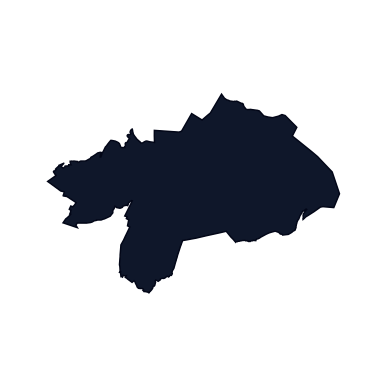 Apaxco, México, Mexico (Albers equal-area conic projection), rotated 27°
{"feature_id": "50627088B64276875266492", "entity_name": "Apaxco", "entity_type": "district", "adm_level": 2, "iso_a3": "MEX", "parent_name": "Mexico", "parent_adm1": "México", "projection": "albers", "projection_center": [-99.154, 19.981], "detail": "fine", "context": "isolated", "style": "filled", "palette": "ink", "viewbox_px": 384, "rotation_deg": 27, "n_neighbors": 0, "source": "geoboundaries", "source_scale": "gbopen_adm2", "svg_char_len": 5867}
<svg xmlns="http://www.w3.org/2000/svg" viewBox="0 0 384 384"><g transform="rotate(27 192 192)"><path d="M58.6,248.1L74.6,250.7L78.1,249.8L79.0,253.4L78.8,253.5L79.1,253.9L81.7,253.1L81.6,252.7L90.9,253.7L93.6,254.1L93.0,258.2L92.8,258.3L92.8,258.7L92.5,258.9L92.5,259.4L90.4,259.5L90.5,263.1L92.2,263.3L92.5,263.1L92.6,263.3L92.5,264.0L92.7,264.3L93.0,265.2L93.0,266.3L93.1,266.6L93.1,267.0L93.8,266.7L94.0,266.7L94.1,267.2L92.5,271.6L91.7,273.3L91.1,278.0L106.0,275.8L103.5,274.2L103.9,271.7L105.7,270.8L112.2,267.5L115.4,265.3L116.8,263.9L117.8,262.2L119.8,260.6L119.7,260.3L123.7,258.2L125.8,255.9L126.1,255.8L128.6,252.6L129.9,250.9L130.1,250.7L130.9,246.5L130.1,245.0L129.8,244.9L130.1,242.2L129.8,239.7L130.2,239.6L131.8,240.1L133.4,239.7L135.0,239.2L135.5,238.9L136.5,237.8L136.9,237.2L137.0,235.9L138.0,234.8L139.7,233.5L140.3,233.5L140.9,233.3L140.6,231.1L140.4,230.8L141.5,227.6L142.2,227.0L142.8,226.9L142.9,231.3L143.0,243.9L145.5,243.6L145.6,245.0L145.6,245.5L147.6,245.5L148.1,245.5L148.4,246.0L149.9,251.4L152.5,251.4L152.7,259.9L152.7,261.3L152.9,265.8L152.7,271.4L153.8,274.0L156.7,281.1L156.9,281.3L160.3,289.5L160.6,290.0L161.6,291.2L163.7,294.8L164.3,295.1L163.8,295.6L163.9,296.1L163.9,296.5L164.9,296.3L167.0,299.4L167.1,299.2L167.6,299.4L168.7,299.4L168.4,297.5L169.6,297.4L170.7,297.0L171.4,296.4L171.5,298.4L173.1,298.3L172.8,298.4L174.3,298.8L179.6,299.7L180.6,297.4L181.6,297.7L182.3,298.2L182.8,298.7L183.5,299.3L184.6,300.0L186.4,301.6L188.0,302.1L189.7,301.5L191.4,300.5L192.1,300.4L193.0,300.8L193.1,301.4L192.8,301.8L194.3,302.4L194.3,302.2L196.6,301.7L197.7,301.3L199.4,301.4L199.6,300.9L199.5,300.1L199.9,299.5L200.5,297.1L200.6,295.5L200.5,294.8L200.2,294.3L200.2,293.6L201.1,292.9L201.2,292.2L200.5,289.0L199.5,288.0L199.7,286.8L202.4,286.9L203.6,284.7L203.4,283.8L204.0,283.0L205.3,282.0L206.0,281.9L206.9,280.9L207.9,278.6L208.1,278.4L208.4,278.2L208.6,278.3L209.6,278.4L210.1,277.6L210.0,276.7L210.1,276.4L211.4,275.7L211.6,274.7L211.4,273.5L210.6,272.6L210.3,271.0L210.5,268.3L209.2,262.0L208.9,260.0L208.7,259.4L208.3,256.8L207.9,255.2L206.3,245.0L206.3,243.9L206.1,243.2L205.7,239.5L208.8,237.2L210.1,236.2L212.3,234.5L216.5,231.3L224.9,224.2L235.4,215.6L239.9,211.8L240.4,211.4L241.1,211.8L247.2,214.5L250.0,215.4L253.6,216.9L253.6,216.7L253.8,216.4L254.2,216.2L254.5,215.9L255.0,215.6L255.6,214.8L256.1,214.6L257.1,213.9L257.3,213.4L257.8,213.1L258.2,213.0L258.9,212.3L259.7,211.9L260.4,211.4L261.7,210.9L261.9,210.9L262.1,211.0L262.2,210.8L262.6,210.7L262.8,210.6L263.1,210.4L263.3,210.5L263.5,210.4L263.8,210.5L264.3,210.3L264.8,210.4L265.0,210.1L265.2,209.9L265.7,209.9L265.8,209.7L265.8,209.8L266.0,209.8L266.0,209.7L266.5,209.3L266.7,208.8L267.0,208.5L267.6,208.3L267.6,208.0L267.8,207.8L268.3,207.7L268.5,207.4L268.7,207.1L269.0,207.0L269.5,207.0L269.9,206.6L270.9,206.4L270.8,205.7L270.8,205.1L271.2,204.4L272.0,203.8L273.1,202.3L273.7,201.1L277.2,196.0L279.1,193.6L280.6,192.1L283.9,189.1L285.5,188.9L285.9,188.7L286.2,188.8L287.6,188.6L289.1,189.1L289.5,189.3L290.0,189.3L290.3,189.0L291.6,188.9L291.9,188.9L292.3,189.2L297.1,186.0L299.2,182.7L299.8,181.1L301.1,179.3L300.8,176.4L300.3,175.9L300.3,175.3L300.2,174.8L299.9,174.4L299.9,173.8L299.7,173.4L299.6,173.2L299.6,172.6L299.5,172.2L299.2,171.0L299.1,169.0L299.3,168.3L299.3,168.0L299.4,167.6L299.2,165.8L299.1,165.2L299.0,163.5L299.2,162.8L299.2,161.8L299.4,161.3L299.3,160.2L299.2,159.9L299.4,158.7L299.6,158.4L300.0,158.3L301.2,155.7L301.4,155.4L301.7,155.3L302.2,155.5L302.1,156.2L302.0,157.0L301.6,158.3L301.3,160.5L301.3,161.4L301.6,161.9L301.8,162.9L302.2,163.3L302.7,164.2L303.0,165.4L303.4,166.0L304.0,164.5L304.4,163.1L305.0,161.9L305.3,161.4L305.6,161.0L309.7,154.0L313.3,147.1L315.3,145.6L325.4,141.5L324.2,126.6L307.8,110.5L297.2,106.8L287.9,103.5L280.7,101.8L256.0,96.6L256.0,86.8L240.3,81.6L237.0,82.2L234.6,85.2L230.2,89.1L229.5,89.4L225.6,90.7L221.4,91.6L215.2,89.2L213.4,89.5L207.4,91.6L206.9,91.7L204.2,93.3L203.7,93.5L202.5,93.6L201.6,93.4L200.9,92.8L199.9,92.5L198.1,91.1L197.9,90.5L196.6,90.2L195.5,90.6L190.6,90.7L190.0,91.3L189.0,91.7L188.6,91.9L188.3,92.4L184.2,93.8L183.4,93.7L181.5,94.0L181.1,94.1L178.3,93.7L173.9,91.4L172.5,113.3L171.3,116.0L168.3,123.3L156.1,122.3L155.1,142.5L153.3,144.5L130.5,154.2L132.9,159.0L136.1,164.9L131.7,166.4L128.6,167.1L127.7,167.7L126.7,169.0L125.7,170.8L125.0,171.1L124.3,171.5L124.0,171.5L123.4,171.2L122.7,170.8L121.3,170.6L118.5,169.8L117.3,169.1L115.5,168.3L114.7,167.8L114.1,167.5L113.6,167.2L113.1,166.7L112.8,166.2L112.3,165.8L111.3,164.5L111.1,164.1L110.9,163.8L110.1,163.1L109.9,163.4L109.6,164.1L109.4,164.9L109.5,166.2L109.7,166.8L110.0,167.1L110.8,167.5L111.1,167.8L111.0,168.5L110.3,169.2L109.2,169.7L108.7,170.3L108.6,170.9L108.8,171.5L109.9,172.1L111.3,172.6L112.3,172.9L111.8,174.2L111.7,174.9L111.7,175.8L111.8,176.3L111.8,177.1L110.9,177.8L110.6,178.2L110.5,178.4L110.5,178.7L110.5,179.0L110.7,179.5L111.6,180.7L111.7,181.0L111.6,181.5L111.4,182.2L111.5,182.7L111.8,182.9L110.4,183.7L108.8,184.5L108.4,184.5L105.4,181.9L104.3,181.5L103.2,181.4L100.6,181.5L98.7,182.0L97.1,182.5L96.2,182.9L95.6,185.5L95.1,188.1L94.9,189.9L94.6,190.5L94.4,191.3L94.5,195.1L94.5,196.2L94.5,197.0L94.1,197.6L94.2,198.1L95.0,201.5L94.9,202.2L94.3,202.5L93.4,200.3L93.2,198.0L92.2,198.3L90.1,200.2L89.8,201.0L87.7,204.8L86.2,207.0L86.2,208.0L85.8,209.0L85.0,209.9L84.1,211.4L83.0,212.8L78.8,215.0L78.3,215.5L78.3,215.8L76.7,217.7L76.7,217.9L76.5,217.4L76.2,217.1L76.1,216.8L74.6,217.4L72.6,218.1L72.3,218.6L70.7,219.1L70.4,219.5L69.5,219.9L70.0,220.9L71.6,222.6L71.8,222.7L69.8,223.7L70.3,224.7L67.2,226.5L67.3,227.1L66.6,229.0L66.4,229.3L63.7,228.6L64.8,224.9L64.6,224.7L61.3,228.7L61.7,229.2L61.1,230.4L60.3,232.6L60.1,233.4L60.8,233.5L59.9,236.1L59.5,236.0L59.4,236.9L60.9,237.8L61.9,238.4L62.7,238.7L63.2,238.8L63.3,239.2L58.6,248.1Z" fill="#0f172a" stroke="#020617" stroke-width="1.5"/></g></svg>